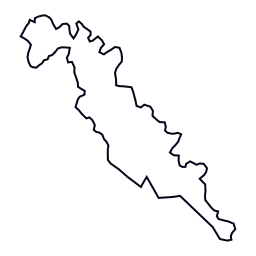 Marques de Souza, Rio Grande do Sul, Brazil
{"feature_id": "56859067B72834740004607", "entity_name": "Marques de Souza", "entity_type": "district", "adm_level": 2, "iso_a3": "BRA", "parent_name": "Brazil", "parent_adm1": "Rio Grande do Sul", "projection": "orthographic", "projection_center": [-52.156, -29.297], "detail": "fine", "context": "isolated", "style": "outline", "palette": "ink", "viewbox_px": 256, "rotation_deg": 0, "n_neighbors": 0, "source": "geoboundaries", "source_scale": "gbopen_adm2", "svg_char_len": 2103}
<svg xmlns="http://www.w3.org/2000/svg" viewBox="0 0 256 256"><path d="M205.5,191.0L205.2,184.4L201.7,180.9L199.7,178.7L204.2,175.0L206.1,172.1L207.0,168.1L203.6,163.8L199.6,163.5L196.6,164.8L193.5,163.1L190.1,161.4L186.2,163.8L185.4,166.9L182.2,166.9L179.6,165.3L178.6,160.4L178.8,155.5L174.0,155.3L169.9,152.6L172.3,148.2L175.5,145.0L178.1,141.8L179.4,138.4L181.2,134.3L177.7,132.8L173.5,133.8L170.7,133.5L167.3,132.7L165.0,130.4L165.8,126.9L164.8,122.3L159.6,122.1L156.2,119.3L152.5,115.9L152.9,110.7L150.3,106.7L144.3,104.7L140.9,107.4L136.6,106.0L135.4,100.2L133.0,91.2L131.4,87.2L124.3,86.4L119.0,86.1L116.1,85.2L116.1,79.5L115.0,73.2L116.2,69.0L119.1,64.7L121.7,61.7L122.0,58.1L121.5,53.2L119.5,47.8L115.0,47.0L110.7,50.0L107.2,52.0L103.8,54.4L99.4,52.2L100.8,48.0L104.1,44.3L102.0,40.4L97.9,36.5L92.9,40.5L89.8,41.5L88.1,37.8L90.6,35.1L90.5,31.6L87.3,29.2L83.9,27.0L81.9,24.1L78.9,21.4L76.3,23.5L78.4,29.6L75.6,35.3L73.5,38.4L70.1,33.7L69.5,30.1L69.2,26.0L67.0,23.7L62.6,24.0L59.4,27.2L56.1,29.0L52.9,23.6L51.6,20.2L49.7,17.7L45.7,15.5L42.9,15.4L37.9,16.7L34.9,18.2L34.7,22.2L29.8,19.9L28.6,23.4L26.5,25.7L24.8,28.9L22.4,33.5L20.7,36.4L24.4,38.5L27.8,40.8L30.9,44.8L29.8,48.5L28.5,52.0L27.5,57.3L28.8,62.6L30.7,66.3L33.3,67.3L36.3,67.7L38.9,65.4L41.9,63.4L44.0,60.3L47.7,59.2L48.8,56.1L52.1,55.1L55.1,52.1L57.9,48.5L61.7,47.3L66.6,47.5L69.8,47.8L68.8,53.9L66.9,57.7L68.1,62.4L71.9,61.9L74.5,67.3L74.3,72.4L77.8,82.5L78.0,86.8L81.5,89.0L84.8,91.0L84.4,94.7L79.8,96.7L78.0,99.1L76.9,102.5L75.5,107.1L78.7,110.0L81.8,113.9L86.4,118.4L89.3,117.4L91.9,119.6L93.6,122.3L94.8,125.2L93.8,129.9L96.3,132.0L99.4,132.6L102.3,134.7L104.1,139.2L106.5,141.8L108.4,145.5L107.8,149.6L107.8,154.1L107.9,159.9L110.6,163.5L118.7,169.2L127.7,177.0L134.9,182.4L140.9,187.0L142.6,183.8L146.7,176.9L158.6,197.9L172.2,197.0L180.1,195.9L212.7,227.1L219.9,239.0L227.2,240.6L231.4,239.7L230.8,236.2L232.2,232.7L235.3,229.2L233.6,223.6L228.1,221.4L223.0,220.2L218.6,219.0L216.8,216.2L218.2,211.5L214.1,210.4L210.9,207.2L207.2,202.4L205.3,200.1L205.0,196.1L205.5,191.0Z" fill="none" stroke="#020617" stroke-width="2"/></svg>